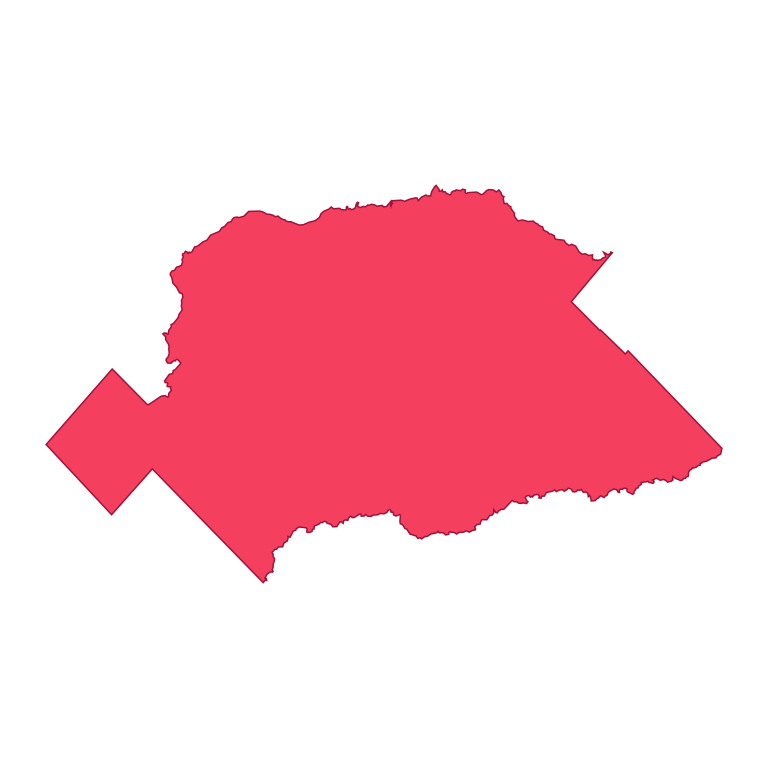 Saladillo, Buenos Aires, Argentina
{"feature_id": "61730980B83409300845185", "entity_name": "Saladillo", "entity_type": "district", "adm_level": 2, "iso_a3": "ARG", "parent_name": "Argentina", "parent_adm1": "Buenos Aires", "projection": "equal_earth", "projection_center": [-59.628, -35.682], "detail": "fine", "context": "isolated", "style": "filled", "palette": "rose", "viewbox_px": 768, "rotation_deg": 0, "n_neighbors": 0, "source": "geoboundaries", "source_scale": "gbopen_adm2", "svg_char_len": 6131}
<svg xmlns="http://www.w3.org/2000/svg" viewBox="0 0 768 768"><path d="M721.9,448.3L628.1,350.8L625.3,354.0L600.6,330.0L600.0,330.6L571.3,301.7L612.3,252.7L610.9,252.0L610.5,253.1L608.3,254.8L603.6,252.3L605.5,255.6L605.5,257.0L602.6,258.1L600.7,259.9L597.8,260.2L597.5,260.8L596.3,259.9L594.9,260.3L593.8,259.3L593.1,259.8L592.4,258.6L592.5,254.9L588.7,255.5L585.3,253.7L582.6,254.3L579.3,252.2L575.7,246.1L571.8,244.3L569.0,245.5L565.9,243.1L563.9,240.2L555.8,239.3L554.8,238.3L554.5,235.9L551.4,234.2L549.3,233.9L548.1,232.4L543.6,230.1L542.6,226.9L539.1,225.6L538.1,224.3L534.9,222.7L533.3,221.1L528.1,221.5L522.6,220.0L517.9,220.9L514.9,217.0L514.2,214.8L514.6,213.6L511.0,208.5L510.8,206.7L508.5,205.5L507.0,203.4L504.2,203.6L503.2,198.6L504.0,196.7L502.0,195.6L501.0,192.7L498.9,189.9L496.4,191.9L493.2,189.9L488.7,189.6L486.7,190.5L482.9,194.2L481.3,194.6L476.8,192.1L468.2,192.6L466.1,193.5L465.2,192.7L465.4,189.9L462.5,189.2L460.6,190.7L456.1,189.9L455.1,190.9L453.7,190.9L451.4,192.4L451.1,194.2L450.1,194.9L446.3,193.3L445.4,191.8L443.0,191.8L442.3,189.8L441.1,191.1L439.3,191.2L439.1,189.4L436.1,185.4L434.4,187.0L431.6,191.8L430.7,195.8L427.1,196.0L426.0,195.0L421.4,197.1L418.4,200.7L417.0,198.0L415.9,197.8L409.6,199.2L404.6,201.3L401.3,200.2L392.2,200.7L391.6,202.7L392.5,203.5L391.3,204.7L391.0,206.2L390.4,204.7L391.0,203.4L390.9,201.3L386.5,206.5L383.8,207.0L382.2,205.4L376.9,206.2L374.4,204.8L371.3,204.3L369.6,205.2L367.7,205.0L365.6,206.8L363.3,206.4L359.9,207.6L357.4,206.1L358.6,202.8L357.8,202.2L356.6,203.1L355.2,207.8L353.2,209.2L351.3,209.6L350.3,208.7L348.3,209.0L347.5,206.5L347.0,206.4L346.3,207.4L346.3,209.3L345.6,210.0L341.4,209.6L339.4,208.3L333.7,208.8L331.2,207.0L329.0,209.0L324.0,211.2L321.2,213.4L319.4,217.5L315.2,220.7L308.6,222.4L303.2,224.8L298.9,225.0L290.8,221.7L288.4,221.8L286.1,221.0L284.9,219.8L282.7,219.4L279.3,217.4L278.4,216.2L274.7,216.5L273.4,215.4L269.3,214.2L267.0,214.2L262.4,211.7L259.4,211.1L248.7,211.4L243.8,216.3L238.9,217.6L237.1,217.1L234.1,217.5L232.5,219.0L231.0,221.7L228.0,222.5L224.7,226.3L221.7,227.9L219.4,231.4L210.6,235.1L206.8,240.3L203.2,241.7L197.5,246.2L194.6,246.9L191.8,252.0L190.7,252.5L189.1,252.1L188.7,253.3L188.0,253.4L186.9,251.8L185.4,251.3L184.4,253.1L182.6,254.0L182.4,255.1L183.3,256.3L182.0,259.9L182.6,261.9L181.3,265.5L176.4,267.3L174.4,270.4L171.9,271.1L170.5,273.0L170.2,274.6L171.9,277.9L172.9,283.2L176.7,287.4L179.5,292.8L182.2,293.7L182.9,296.8L181.4,300.9L181.8,302.7L181.3,306.4L182.1,308.6L181.7,310.6L179.1,314.2L178.1,317.7L173.7,323.2L171.0,324.7L171.3,326.9L168.8,330.2L168.1,334.2L167.0,334.1L166.2,333.1L163.8,333.1L162.8,333.9L165.7,336.9L165.7,339.8L168.2,343.7L169.1,346.5L168.8,348.5L169.2,353.9L167.7,357.6L166.3,358.8L166.1,360.4L167.4,363.0L171.1,363.2L173.1,361.1L174.2,360.5L175.2,361.0L176.4,359.4L177.9,359.7L180.9,363.2L175.1,369.7L173.3,370.4L172.6,373.5L169.2,374.4L164.5,381.1L165.3,382.7L166.9,382.6L167.8,383.3L167.0,386.1L167.5,386.6L170.9,386.9L170.4,388.2L171.3,390.4L168.9,393.1L168.3,396.8L167.3,397.1L165.2,395.6L161.1,396.2L149.9,403.8L147.5,404.8L112.2,369.0L46.1,444.5L111.6,514.7L152.3,468.9L263.2,582.6L265.1,580.4L266.7,580.4L266.3,578.6L264.9,578.3L267.0,574.3L270.4,571.9L272.7,572.1L273.1,571.6L272.3,569.6L273.1,567.3L273.1,564.3L274.3,561.2L274.6,558.9L273.0,556.1L273.2,554.3L272.1,552.6L272.3,552.0L275.1,549.2L276.5,549.3L278.3,547.0L282.7,546.8L283.9,543.0L287.2,541.1L288.1,538.3L287.9,536.4L290.1,537.2L293.3,531.0L295.7,530.4L296.3,528.6L299.3,527.0L306.2,527.8L307.1,529.1L306.7,531.7L307.0,532.3L309.6,532.4L312.0,531.4L312.4,529.3L314.0,529.0L314.4,525.9L318.7,524.3L320.7,522.4L322.1,522.7L324.2,521.3L326.1,521.7L327.0,523.2L331.0,524.4L332.8,526.8L336.8,526.6L340.0,521.8L341.3,521.9L343.2,523.3L343.5,520.8L345.3,519.9L347.9,520.3L348.6,518.2L350.1,516.4L351.5,516.6L352.1,517.6L354.1,517.5L360.1,513.9L360.8,514.0L361.2,516.2L364.2,516.0L365.6,514.5L367.5,516.1L371.0,516.5L373.1,515.1L377.7,514.8L380.0,513.5L384.2,513.8L386.9,512.4L388.3,510.3L389.7,509.5L390.8,510.3L390.9,512.0L393.1,512.4L393.7,515.0L396.1,516.0L399.7,514.5L400.4,515.5L399.9,521.4L400.3,523.7L402.7,524.8L405.0,528.6L406.7,529.0L409.9,534.0L416.1,536.0L417.8,538.4L419.9,537.7L421.6,538.9L424.8,536.6L427.2,536.4L430.9,534.0L436.6,532.8L438.0,531.3L439.1,532.8L443.3,532.7L445.5,534.9L448.7,534.3L449.1,532.2L449.7,532.0L454.4,532.6L456.7,534.0L458.9,532.5L463.8,532.1L466.2,530.7L469.3,532.2L472.2,530.5L475.3,529.9L475.5,528.9L474.6,526.7L477.2,524.5L480.2,524.0L481.1,520.5L482.0,519.7L486.9,519.7L489.6,515.6L492.3,515.0L493.6,513.2L493.8,509.6L495.6,512.4L497.2,512.9L498.5,511.2L501.0,509.4L503.8,509.3L512.2,500.4L514.0,501.8L517.1,501.8L518.3,503.1L521.9,503.4L522.4,502.8L526.5,503.6L528.0,501.7L526.8,500.7L525.3,497.7L526.0,496.4L527.8,495.6L529.4,495.7L530.3,497.2L531.8,496.4L532.6,497.0L533.8,495.1L538.2,494.4L539.4,496.4L538.8,497.9L541.1,498.2L541.7,496.1L544.4,496.1L546.3,492.6L552.7,491.1L554.7,489.8L556.3,491.6L559.6,490.0L561.9,489.8L563.8,490.3L564.2,491.3L567.1,489.5L567.9,488.3L568.9,488.2L571.3,489.2L572.6,491.6L574.6,492.0L576.5,491.4L578.0,489.8L579.5,490.4L581.3,489.5L583.3,492.3L585.5,491.9L587.7,493.2L588.3,496.7L589.6,495.5L591.0,498.6L591.1,500.9L593.0,500.9L595.5,500.4L596.7,498.7L598.1,498.2L600.7,495.7L604.0,497.6L604.9,496.3L607.0,495.3L608.4,492.1L613.6,489.0L616.8,489.6L617.7,491.8L619.1,492.5L619.6,492.3L619.2,490.6L619.7,489.7L620.9,489.0L622.4,489.4L624.3,488.1L625.7,488.3L627.1,489.1L627.0,491.2L627.5,491.8L632.6,494.3L633.9,493.5L634.1,491.5L635.7,489.6L636.1,488.3L638.0,487.9L638.7,486.1L641.3,484.3L641.2,482.6L648.0,481.4L648.9,482.4L653.0,483.3L653.8,482.7L654.1,481.3L652.6,480.0L656.4,478.2L660.1,480.2L663.6,479.5L665.8,480.4L667.5,482.1L671.3,481.2L673.0,479.8L672.5,478.0L673.1,476.4L674.8,478.1L680.8,480.6L682.6,479.9L683.6,478.5L685.5,478.3L686.3,477.0L688.2,476.4L688.6,472.2L690.2,469.6L691.4,469.5L692.5,467.8L693.6,468.0L696.4,467.1L698.1,465.5L700.1,465.3L700.2,463.5L701.3,463.3L702.3,462.1L706.7,461.2L712.2,458.1L715.9,457.9L716.7,456.4L720.7,454.0L721.9,448.3Z" fill="#f43f5e" stroke="#9f1239" stroke-width="1.5"/></svg>